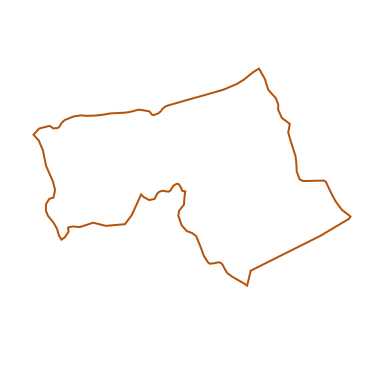 Quamishli, Hasaka (Al Haksa), Syria (Mercator projection), rotated 344°
{"feature_id": "27442178B53577550578456", "entity_name": "Quamishli", "entity_type": "district", "adm_level": 2, "iso_a3": "SYR", "parent_name": "Syria", "parent_adm1": "Hasaka (Al Haksa)", "projection": "mercator", "projection_center": [41.203, 36.804], "detail": "fine", "context": "isolated", "style": "outline", "palette": "amber", "viewbox_px": 384, "rotation_deg": 344, "n_neighbors": 0, "source": "geoboundaries", "source_scale": "gbopen_adm2", "svg_char_len": 2647}
<svg xmlns="http://www.w3.org/2000/svg" viewBox="0 0 384 384"><g transform="rotate(344 192 192)"><path d="M219.2,297.2L224.9,287.1L225.1,286.8L226.6,284.1L226.7,283.8L238.1,281.7L263.1,277.0L303.3,269.5L303.6,269.4L303.9,269.4L309.8,267.8L318.3,265.6L318.8,265.4L334.6,261.3L335.6,261.0L337.6,259.3L337.3,258.8L331.2,250.5L327.5,240.7L325.7,232.5L324.1,222.9L323.5,219.0L321.7,217.3L313.0,215.0L307.7,213.7L301.9,212.1L299.0,209.5L298.3,201.2L300.4,192.3L301.4,185.8L300.9,170.6L300.9,161.4L304.8,153.5L298.8,145.6L297.5,136.7L299.0,131.7L298.5,125.1L293.5,114.9L293.2,103.4L290.4,91.8L286.4,92.9L283.9,93.7L283.6,93.8L282.9,94.0L273.3,98.1L269.3,99.3L268.2,99.6L265.1,100.5L264.9,100.5L263.2,100.7L261.4,100.9L253.2,102.0L250.1,102.3L228.6,102.3L226.4,102.3L220.4,102.2L216.1,102.2L214.8,102.2L210.2,102.2L194.0,102.2L190.1,102.4L190.0,102.5L188.4,103.1L186.6,103.8L184.7,105.5L184.3,105.8L181.2,107.1L180.6,107.2L180.3,107.2L177.8,107.4L176.4,107.6L174.8,106.5L174.7,106.4L174.4,105.6L173.6,103.3L173.4,103.1L172.7,102.4L167.6,100.0L163.7,98.2L162.7,98.2L161.6,98.1L160.8,98.1L154.1,97.9L153.9,97.9L153.3,97.8L150.9,97.5L150.4,97.4L149.3,97.3L147.9,96.9L141.6,95.5L141.4,95.4L137.1,94.4L134.9,93.9L127.8,93.2L120.2,91.9L119.5,91.7L112.2,89.9L111.2,89.6L110.2,89.2L107.5,88.1L106.3,87.7L105.0,87.5L103.8,87.4L102.7,87.2L98.8,86.8L89.6,87.7L85.6,89.7L82.3,92.9L81.3,93.2L80.3,93.5L77.7,92.9L77.2,92.8L76.9,92.8L76.1,92.6L75.2,91.4L74.5,90.4L73.7,89.7L73.0,89.2L71.2,89.1L67.3,89.0L63.6,88.9L62.4,88.9L61.6,89.4L58.0,91.7L56.2,92.8L55.4,93.3L58.3,99.0L58.9,100.3L59.2,103.1L60.2,111.0L59.3,121.6L58.9,126.6L59.6,131.8L61.2,143.2L61.0,152.1L59.4,155.2L57.3,159.2L52.9,159.2L48.4,163.4L47.5,166.3L46.4,169.6L47.0,175.3L50.4,183.2L52.1,190.1L52.1,197.1L53.2,201.2L53.3,201.8L56.9,200.6L57.3,200.5L59.9,198.3L62.4,196.1L63.0,192.1L67.4,192.1L74.5,194.8L80.8,194.6L88.5,194.3L96.6,198.9L99.8,200.8L118.4,204.4L118.6,204.5L127.7,197.6L139.4,183.9L142.4,180.3L144.3,183.7L148.8,188.0L153.8,188.3L154.2,188.3L155.7,186.6L157.6,184.4L160.2,182.9L161.7,182.7L164.0,182.7L165.6,183.5L169.5,185.2L171.9,184.6L173.1,183.1L174.4,182.1L174.9,181.6L175.8,180.8L177.2,180.5L179.4,179.9L180.6,180.3L181.5,181.1L181.7,181.6L182.6,184.6L182.9,187.3L183.0,188.3L185.7,189.5L183.7,194.0L182.5,197.2L180.8,201.9L176.5,205.0L174.4,206.5L172.3,211.1L172.9,221.3L175.5,226.7L176.3,228.2L177.6,229.1L180.8,231.5L182.1,233.3L183.9,235.7L184.1,237.9L185.0,245.9L185.8,256.8L188.1,264.3L189.5,265.9L194.4,266.7L197.2,266.7L200.0,267.8L201.3,270.0L202.2,274.9L203.6,279.7L207.1,284.3L216.9,294.4L219.2,297.2L219.2,297.2Z" fill="none" stroke="#b45309" stroke-width="2"/></g></svg>